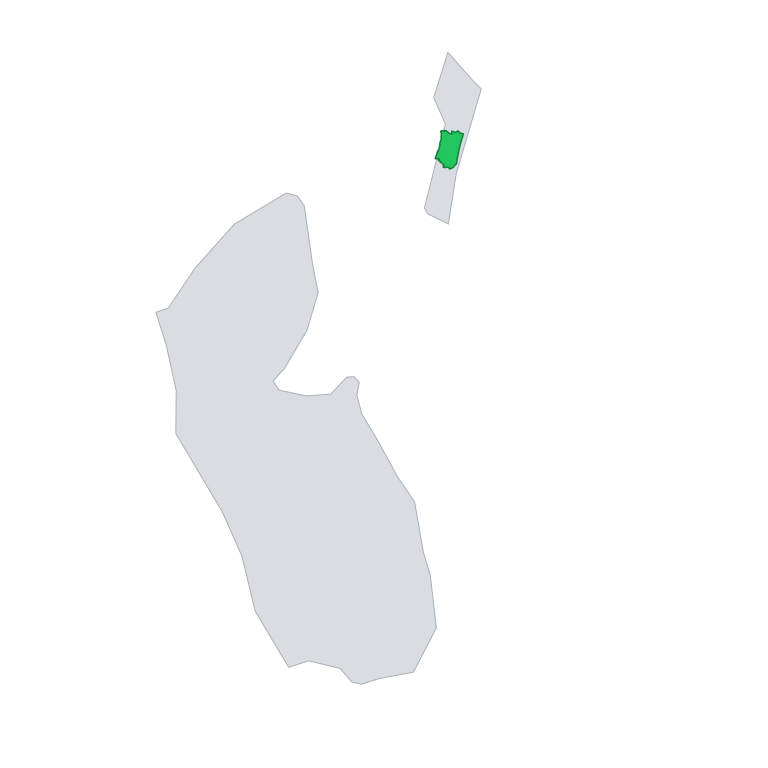 Deir Al Balah, Gaza Strip, Palestine (highlighted), rotated 155°
{"feature_id": "87354302B22339434669936", "entity_name": "Deir Al Balah", "entity_type": "district", "adm_level": 2, "iso_a3": "PSE", "parent_name": "Palestine", "parent_adm1": "Gaza Strip", "projection": "equal_earth", "projection_center": [34.378, 31.42], "detail": "fine", "context": "in_parent", "style": "filled", "palette": "green", "viewbox_px": 768, "rotation_deg": 155, "n_neighbors": 0, "source": "geoboundaries", "source_scale": "gbopen_adm2", "svg_char_len": 4734}
<svg xmlns="http://www.w3.org/2000/svg" viewBox="0 0 768 768"><g transform="rotate(155 384 384)"><path d="M590.1,167.5L596.8,232.4L585.5,287.9L584.6,336.6L593.6,427.1L575.2,465.6L564.9,511.1L560.4,545.4L547.4,544.0L506.4,568.8L452.0,592.2L391.9,598.4L383.3,591.4L380.9,579.6L398.4,521.8L405.1,494.6L431.0,465.3L467.8,440.0L483.4,433.6L481.6,422.7L459.5,406.0L436.6,397.3L414.8,406.0L408.0,403.3L405.7,395.9L413.3,385.5L416.8,366.2L413.4,333.9L411.0,294.5L406.1,264.1L419.5,214.6L422.9,191.1L439.6,140.8L479.1,110.4L513.3,119.2L531.4,121.4L539.0,127.4L544.0,144.8L569.3,165.0L590.1,167.5ZM258.0,501.8L272.5,519.7L273.0,526.3L218.5,593.7L217.9,622.6L185.9,657.6L175.7,622.9L171.2,610.3L230.0,543.6L258.0,501.8Z" fill="#d9dde1" stroke="#a8b0b8" stroke-width="1"/><path d="M225.5,552.9L225.5,553.0L225.3,553.2L225.1,553.3L224.9,553.5L224.6,554.0L224.3,554.4L223.9,554.9L223.7,555.3L223.4,555.8L223.2,556.1L223.0,556.3L222.9,556.6L222.7,556.8L222.5,557.0L222.2,557.5L221.8,557.9L221.3,558.6L220.6,559.6L220.2,560.2L219.9,560.6L219.6,560.9L219.1,561.6L219.1,561.8L218.9,562.1L218.5,562.5L218.2,562.9L217.9,563.3L217.8,563.5L217.5,563.9L217.2,564.3L216.9,564.7L216.7,565.0L216.4,565.4L216.1,565.7L216.1,565.8L215.6,566.3L215.2,566.8L215.0,567.1L214.9,567.2L214.8,567.3L214.7,567.5L214.2,568.1L213.9,568.5L213.3,569.2L213.0,569.6L212.7,569.9L212.5,570.2L212.3,570.5L212.1,570.7L211.8,570.9L211.7,571.1L211.3,571.5L210.8,572.1L210.4,572.6L210.0,573.0L209.6,573.4L209.1,574.0L208.4,574.6L208.0,575.1L207.6,575.6L207.1,576.2L206.6,576.8L206.4,577.1L206.5,577.2L206.7,577.4L207.9,578.4L207.9,578.5L208.3,578.8L208.5,578.9L208.7,579.1L209.2,579.5L209.6,580.0L209.4,581.0L210.2,582.2L210.4,582.2L210.8,582.1L211.5,582.0L211.9,581.9L212.4,581.9L212.5,581.9L212.8,581.9L213.2,582.1L213.3,582.1L213.5,582.2L213.6,582.3L213.9,582.7L214.1,583.0L214.3,583.2L214.5,583.4L214.6,583.5L215.0,583.9L215.3,584.2L215.6,584.5L215.8,584.4L215.9,584.2L216.0,584.0L216.1,583.8L216.3,583.7L216.4,583.4L216.6,583.0L216.8,582.6L217.1,582.0L217.3,582.2L217.6,582.3L218.0,582.6L218.2,582.8L218.3,582.8L218.4,583.0L218.5,583.0L218.8,583.5L219.3,584.5L219.7,585.2L219.8,585.5L220.0,585.9L220.1,586.0L220.3,586.4L220.4,586.7L220.5,586.8L220.6,587.0L220.9,587.2L221.1,587.5L221.3,587.7L221.6,587.9L221.9,588.1L222.1,587.7L222.4,587.5L223.1,588.4L223.1,588.5L223.3,588.5L223.6,588.6L223.9,588.7L224.1,588.7L224.3,588.8L224.5,588.9L224.8,588.9L224.9,589.0L225.0,589.0L225.3,589.1L225.5,589.1L225.8,589.1L225.9,588.9L225.9,588.6L225.8,588.4L225.8,588.2L225.9,587.9L226.1,587.8L226.1,587.6L226.0,587.2L226.3,586.6L226.5,586.2L226.7,585.7L226.9,585.4L227.1,585.0L227.2,584.7L227.4,584.5L227.4,584.4L227.5,584.3L227.7,584.2L227.8,584.0L227.8,583.8L227.8,583.7L228.0,583.5L228.1,583.4L228.2,583.2L228.0,582.8L228.0,582.6L228.7,581.7L229.1,581.4L229.3,581.1L229.5,581.0L229.6,580.8L229.7,580.6L229.8,580.4L230.0,580.2L230.5,580.0L230.5,579.9L230.6,579.7L230.8,579.4L231.1,579.1L231.3,579.0L231.4,578.8L231.5,578.7L231.8,578.3L232.0,578.0L232.1,577.8L232.2,577.5L232.4,577.1L232.4,576.9L232.5,576.7L232.6,576.3L233.0,576.0L233.1,575.9L233.3,575.8L233.5,575.7L233.8,575.2L234.0,574.9L234.2,574.6L234.4,574.4L234.5,574.3L234.6,574.1L234.6,573.9L234.7,573.7L234.8,573.6L235.1,573.4L235.3,573.2L235.5,573.1L235.8,573.1L236.0,573.1L236.3,573.0L236.3,572.8L236.3,572.7L236.5,572.5L236.7,572.4L236.8,572.2L237.0,571.9L237.4,571.8L237.6,571.8L237.7,571.7L237.8,571.6L237.9,571.4L238.0,571.3L238.2,571.2L238.3,570.9L238.3,570.7L238.7,570.2L239.1,569.9L239.4,569.6L239.7,569.4L240.0,569.2L240.3,568.7L240.6,568.5L240.7,568.4L240.8,568.4L241.0,568.3L241.1,568.1L241.3,567.9L241.3,567.7L241.5,567.5L241.6,567.4L241.8,567.3L242.0,567.2L242.2,566.4L240.7,565.8L239.5,565.4L239.1,565.3L238.9,564.5L239.6,564.3L239.4,563.8L240.1,563.7L240.1,563.4L240.0,563.2L239.6,563.0L239.4,563.0L239.1,562.2L238.9,561.6L239.0,561.2L238.7,560.6L238.8,560.6L238.7,560.5L238.6,560.4L237.1,557.4L237.0,557.2L237.6,556.6L237.8,556.7L238.0,556.7L237.9,556.5L237.7,556.3L237.9,556.1L238.0,556.0L238.1,555.9L238.3,555.8L238.6,555.4L238.1,554.8L237.7,554.6L236.9,554.3L236.7,554.3L236.5,554.2L236.2,554.2L235.7,554.0L235.1,553.9L234.6,553.7L234.3,553.4L234.0,552.9L233.9,552.4L233.9,552.0L233.8,551.5L233.8,551.4L233.7,551.2L233.4,551.0L233.3,550.9L233.2,550.9L232.9,551.1L232.7,551.2L232.4,551.1L232.2,551.1L231.9,551.0L231.7,551.0L231.3,551.0L231.1,551.0L230.9,551.0L230.7,551.0L230.2,551.0L229.9,551.0L229.7,551.1L229.4,551.1L229.2,551.2L229.0,551.3L228.9,551.4L228.7,551.6L228.4,551.8L228.2,551.9L228.1,552.0L227.9,552.0L227.7,552.1L227.4,552.2L227.1,552.3L226.9,552.3L226.7,552.4L226.5,552.5L226.4,552.5L226.1,552.7L226.0,552.8L225.9,552.8L225.5,552.9Z" fill="#22c55e" stroke="#15803d" stroke-width="1.5"/></g></svg>